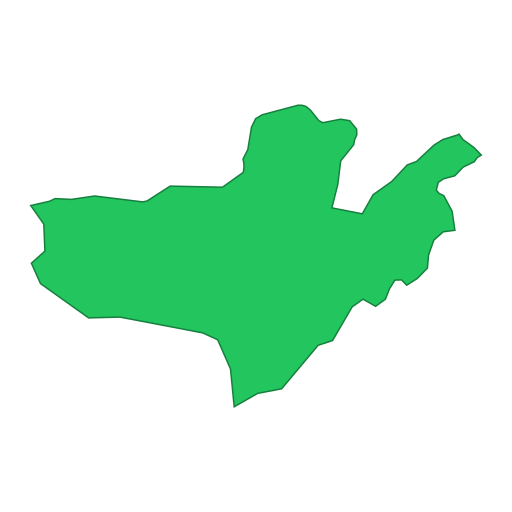 SVG path tracing the border of Nógrád
{"feature_id": "HUN-3166", "entity_name": "Nógrád", "entity_type": "County", "adm_level": 1, "iso_a3": "HUN", "parent_name": "Hungary", "parent_adm1": "", "projection": "mercator", "projection_center": [19.65, 47.967], "detail": "fine", "context": "isolated", "style": "filled", "palette": "green", "viewbox_px": 512, "rotation_deg": 0, "n_neighbors": 0, "source": "natural_earth", "source_scale": "10m", "svg_char_len": 1189}
<svg xmlns="http://www.w3.org/2000/svg" viewBox="0 0 512 512"><path d="M407.3,164.9L416.5,161.5L434.0,145.1L442.9,139.5L457.7,134.9L459.0,134.1L463.0,139.6L473.8,147.4L481.3,155.1L477.3,157.5L474.2,161.8L463.3,167.0L454.8,175.8L443.6,178.8L438.3,182.3L436.3,190.1L439.1,193.4L443.8,195.7L452.1,211.2L454.9,230.3L443.2,231.8L433.8,240.2L428.6,254.8L427.4,268.1L417.4,278.4L406.7,285.2L401.5,279.9L394.9,280.1L389.4,289.0L385.4,299.2L375.6,306.3L363.0,299.2L352.2,306.8L332.6,340.5L318.1,345.3L281.6,388.8L257.6,393.4L234.2,406.8L230.5,369.0L217.7,339.8L202.7,332.9L119.9,317.1L88.6,317.9L40.5,283.6L31.4,263.2L44.9,251.1L43.8,224.1L30.7,205.5L49.4,201.3L55.1,198.6L63.8,199.0L71.4,199.4L94.6,196.0L142.7,201.9L147.0,201.0L170.1,186.1L222.5,187.2L243.2,172.4L243.8,169.4L244.0,166.4L243.8,163.2L243.2,160.0L243.1,159.6L243.0,159.3L243.1,159.0L243.2,158.7L247.8,149.6L251.5,127.1L255.7,118.6L262.4,114.7L298.1,105.2L302.2,105.3L306.1,106.5L310.5,110.2L318.9,120.7L322.8,122.7L340.6,119.2L349.7,120.7L356.6,129.1L356.8,134.8L354.6,139.8L353.7,144.7L340.7,160.9L337.8,184.4L331.9,207.9L362.3,213.8L373.1,194.7L391.7,181.5L407.3,164.9Z" fill="#22c55e" stroke="#15803d" stroke-width="1.5"/></svg>